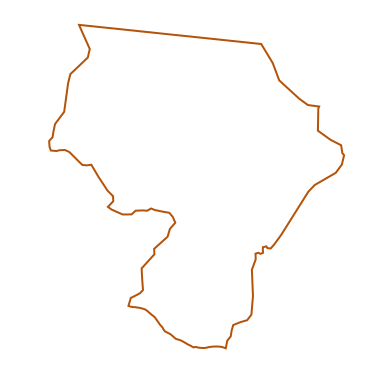 Gambo, Mbomou, Central African Republic, rotated 6°
{"feature_id": "33826404B57857240211029", "entity_name": "Gambo", "entity_type": "district", "adm_level": 2, "iso_a3": "CAF", "parent_name": "Central African Republic", "parent_adm1": "Mbomou", "projection": "orthographic", "projection_center": [22.185, 4.592], "detail": "fine", "context": "isolated", "style": "outline", "palette": "amber", "viewbox_px": 384, "rotation_deg": 6, "n_neighbors": 0, "source": "geoboundaries", "source_scale": "gbopen_adm2", "svg_char_len": 1770}
<svg xmlns="http://www.w3.org/2000/svg" viewBox="0 0 384 384"><g transform="rotate(6 192 192)"><path d="M309.5,93.7L298.2,93.4L289.0,88.1L267.1,71.9L258.8,55.3L245.4,37.6L62.2,37.6L66.4,45.0L75.4,60.5L74.3,69.2L58.7,87.5L57.4,96.8L56.5,125.6L48.7,138.7L47.9,146.2L47.6,152.0L44.6,156.3L45.6,161.9L46.5,163.9L47.4,165.5L52.9,165.4L55.9,164.3L61.2,163.5L65.9,165.1L70.1,168.5L76.0,173.3L80.2,176.6L84.5,176.5L89.0,175.4L97.7,187.1L107.9,199.5L113.9,204.4L114.7,209.4L109.9,215.6L113.9,217.9L125.4,221.6L134.2,220.6L137.9,216.5L144.5,215.5L149.4,215.3L153.0,212.7L157.0,213.8L162.8,214.4L171.7,215.1L175.5,218.8L178.6,224.3L173.9,231.0L172.4,239.0L160.3,252.5L161.1,257.9L149.9,273.2L151.4,282.9L153.5,294.6L150.8,298.2L146.4,301.1L142.2,303.8L140.7,311.9L142.9,312.4L145.1,312.6L147.5,312.5L149.3,312.6L151.1,312.6L153.3,312.9L155.1,313.1L157.6,313.7L159.4,314.6L161.9,316.3L165.1,318.6L167.0,319.6L168.6,321.0L170.4,323.1L172.5,325.4L173.9,327.2L175.6,328.7L177.0,330.0L178.1,331.8L179.8,333.5L185.3,335.6L187.8,337.3L189.5,338.5L191.0,339.6L193.3,340.2L195.2,340.4L197.8,341.3L200.4,342.4L202.3,343.3L204.2,344.2L206.7,345.0L208.7,346.0L209.9,346.4L211.0,345.9L212.2,345.7L214.6,346.1L216.7,346.1L219.5,346.0L221.0,345.8L222.7,345.3L225.0,344.5L227.5,343.9L230.5,343.3L233.8,343.0L236.5,342.9L238.7,343.1L241.9,343.9L242.6,336.3L245.6,331.5L245.9,325.7L246.9,320.0L253.9,316.3L260.2,313.8L263.9,307.8L263.5,289.2L259.7,263.0L262.4,252.3L261.6,246.7L264.4,245.5L266.5,246.4L269.0,245.0L268.5,242.4L268.3,239.5L271.6,238.3L272.9,239.9L276.1,240.0L279.3,235.5L285.3,225.1L307.7,179.5L313.3,172.2L333.0,157.9L338.2,148.9L338.9,143.5L339.4,139.5L337.5,137.7L335.4,129.9L324.5,125.7L310.8,117.9L308.9,95.8L309.5,93.7Z" fill="none" stroke="#b45309" stroke-width="2"/></g></svg>